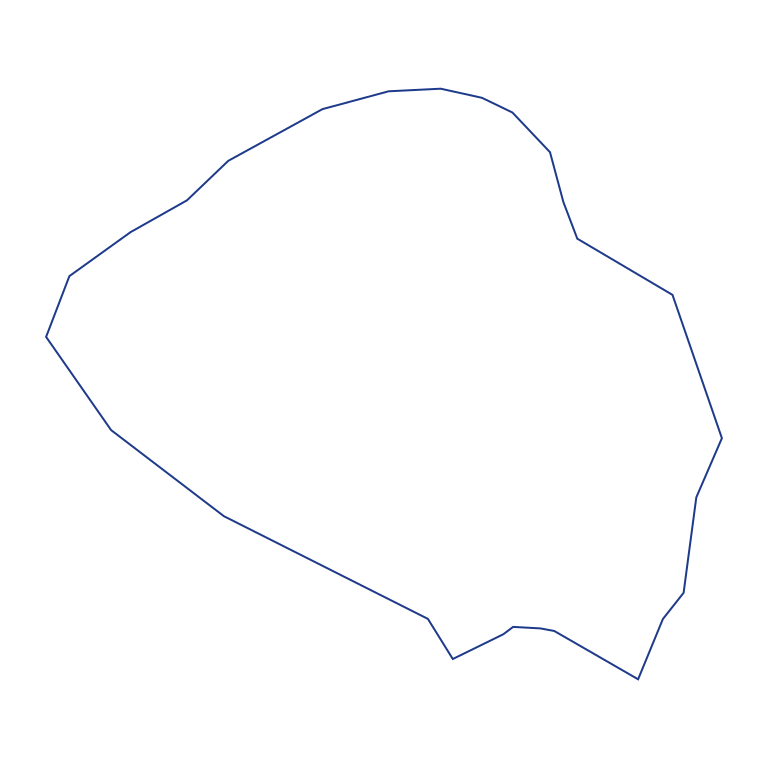 map outline of Vipava (Equal Earth projection)
{"feature_id": "SVN-1035", "entity_name": "Vipava", "entity_type": "Municipality", "adm_level": 1, "iso_a3": "SVN", "parent_name": "Slovenia", "parent_adm1": "", "projection": "equal_earth", "projection_center": [13.989, 45.819], "detail": "fine", "context": "isolated", "style": "outline", "palette": "blue", "viewbox_px": 768, "rotation_deg": 0, "n_neighbors": 0, "source": "natural_earth", "source_scale": "10m", "svg_char_len": 458}
<svg xmlns="http://www.w3.org/2000/svg" viewBox="0 0 768 768"><path d="M672.5,294.9L721.9,438.2L696.3,497.4L683.6,592.8L662.9,619.0L638.1,679.3L554.3,631.0L540.4,628.4L513.1,626.9L503.4,634.2L452.8,659.0L427.9,618.9L223.9,516.2L111.1,430.1L46.1,336.9L69.4,276.1L130.6,232.1L187.0,200.3L228.3,160.8L322.5,109.1L388.6,91.3L440.7,88.7L481.9,97.8L512.4,112.5L550.0,152.2L563.4,202.1L577.3,238.7L672.5,294.9Z" fill="none" stroke="#1e3a8a" stroke-width="2"/></svg>